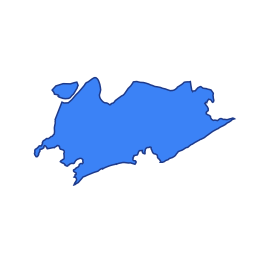 outline of Manfalut, Asyut, Egypt, rotated 303°
{"feature_id": "37247803B38708414170128", "entity_name": "Manfalut", "entity_type": "district", "adm_level": 2, "iso_a3": "EGY", "parent_name": "Egypt", "parent_adm1": "Asyut", "projection": "albers", "projection_center": [30.935, 27.303], "detail": "fine", "context": "isolated", "style": "filled", "palette": "blue", "viewbox_px": 256, "rotation_deg": 303, "n_neighbors": 0, "source": "geoboundaries", "source_scale": "gbopen_adm2", "svg_char_len": 5817}
<svg xmlns="http://www.w3.org/2000/svg" viewBox="0 0 256 256"><g transform="rotate(303 128 128)"><path d="M50.9,113.7L51.6,114.3L53.4,115.0L55.2,116.0L57.5,116.3L59.5,116.6L62.6,117.0L63.9,118.1L66.4,119.6L72.3,123.7L75.4,126.3L78.2,127.2L80.1,128.4L79.8,129.0L81.5,129.8L82.9,130.7L85.7,132.7L87.1,133.8L89.1,135.6L90.5,137.0L91.4,137.6L91.6,137.8L91.4,138.1L93.1,139.3L96.2,142.4L97.0,143.6L99.0,147.6L100.1,149.0L101.4,153.6L103.4,153.6L103.9,153.0L104.2,153.0L104.5,152.1L103.7,150.4L103.9,149.6L104.5,149.0L105.1,149.0L105.6,148.4L105.9,148.4L106.8,148.4L107.3,148.1L107.9,148.4L108.2,148.1L108.5,148.4L110.4,150.4L111.6,150.4L113.3,149.9L115.2,149.9L116.9,152.2L116.4,152.4L115.5,153.3L115.2,154.2L115.0,154.4L115.5,156.2L115.8,156.2L116.4,155.9L117.2,155.0L117.8,155.0L119.5,154.2L120.9,154.2L121.4,154.5L122.0,154.7L123.1,156.2L124.0,156.7L124.3,157.9L124.0,158.2L123.1,158.7L122.9,159.3L121.2,161.6L120.6,163.0L120.6,163.9L120.9,164.7L121.2,165.3L121.2,167.3L120.0,168.4L119.5,168.7L119.2,169.3L118.9,170.1L118.9,171.0L118.6,171.6L118.6,171.9L118.3,172.4L118.3,172.7L118.0,173.0L118.0,173.3L117.5,173.8L116.9,173.8L118.1,175.6L119.5,176.7L121.2,177.3L123.5,179.0L124.9,179.3L126.3,180.4L127.4,181.3L129.7,182.4L131.1,182.7L132.8,182.7L134.5,183.0L135.6,183.0L137.3,184.2L138.7,185.3L140.4,186.2L143.0,187.3L144.4,188.7L146.6,189.3L148.3,189.9L149.4,190.7L151.4,191.6L152.8,192.2L153.7,192.8L155.4,193.6L156.2,194.2L157.3,194.5L158.2,195.3L160.2,196.5L161.6,197.3L164.4,198.2L165.8,198.8L169.5,200.2L170.3,200.5L171.7,201.1L175.4,203.1L176.5,203.9L178.2,204.5L179.9,205.4L181.6,206.5L183.9,207.7L186.4,208.5L187.8,209.4L190.3,210.5L191.8,210.8L193.7,212.3L193.7,211.4L193.2,210.2L192.0,209.4L191.8,209.1L191.2,208.5L189.5,207.1L188.9,206.5L187.8,204.2L187.0,203.1L187.0,202.5L186.7,201.1L186.1,200.2L185.0,199.7L183.0,199.1L182.2,197.1L181.9,196.5L180.8,195.4L180.8,193.1L181.1,192.8L181.3,192.2L181.9,191.4L182.7,190.8L182.8,188.8L182.5,187.7L182.5,186.8L182.5,185.9L182.8,185.7L183.0,185.7L183.6,185.1L183.9,185.1L184.4,185.1L184.7,185.4L185.6,185.4L185.9,185.7L186.4,185.7L187.0,185.4L187.6,184.8L188.1,184.6L188.4,184.0L189.2,182.6L189.2,182.3L189.5,181.4L189.8,180.9L189.8,180.6L190.4,179.4L190.4,179.1L190.9,179.1L191.8,179.2L191.8,179.7L192.1,180.3L192.6,180.0L193.7,180.0L194.3,179.7L195.5,180.0L196.0,180.0L196.0,180.3L196.6,181.2L196.6,182.6L195.7,184.3L195.7,185.1L196.6,185.4L197.1,185.2L198.0,184.9L199.4,183.4L200.8,182.3L201.7,181.5L203.1,180.9L203.6,180.6L204.2,179.2L204.5,178.3L204.8,177.8L204.8,177.5L205.1,176.9L204.5,174.9L204.2,174.3L203.8,172.9L203.7,172.2L203.0,170.9L202.6,170.0L202.4,169.6L202.2,169.2L202.3,167.8L202.4,166.5L201.8,165.9L201.3,165.6L199.9,164.8L199.4,164.6L198.6,164.6L197.5,164.2L197.0,164.3L196.6,164.3L196.3,164.3L196.0,164.3L195.7,164.0L195.2,163.4L194.2,162.1L193.9,162.2L194.3,161.0L197.7,157.8L200.9,155.0L200.0,154.2L199.2,152.9L197.9,151.2L196.9,150.2L195.4,149.9L193.7,149.3L190.4,147.8L189.2,147.2L188.0,147.2L186.1,146.6L184.9,146.0L183.6,144.8L182.3,143.0L181.5,139.9L181.1,138.0L180.1,135.3L179.7,133.2L178.5,130.2L177.4,127.8L177.0,125.4L176.4,123.4L176.1,121.2L175.3,118.4L174.5,116.1L173.1,113.7L172.3,111.7L171.8,110.1L170.8,108.8L169.6,107.4L168.1,107.5L164.8,107.4L161.2,106.6L156.6,106.5L154.4,106.4L153.0,106.1L151.2,105.1L148.1,103.9L145.4,102.9L144.1,102.4L142.3,102.4L140.9,102.0L139.9,101.1L139.1,100.6L138.2,100.7L137.5,100.1L137.5,99.5L137.6,98.0L137.4,96.5L136.5,94.8L136.3,93.4L136.6,91.5L137.3,89.3L138.4,87.5L140.1,86.0L142.8,85.2L145.1,84.3L147.0,82.7L149.1,80.7L150.5,79.0L151.8,77.2L152.5,75.6L152.7,73.7L151.8,72.3L149.7,71.2L145.1,69.5L143.2,68.3L141.4,68.1L140.0,68.2L135.9,67.7L130.8,67.0L127.6,66.3L121.4,65.5L119.4,65.0L116.6,64.2L115.5,62.7L114.1,60.7L113.8,58.9L113.7,58.5L95.4,62.3L94.7,63.0L93.7,63.4L92.6,64.3L89.7,65.4L88.3,66.0L87.5,66.5L85.2,68.2L84.1,68.8L82.7,69.4L81.3,69.1L79.9,69.1L79.0,68.2L77.9,67.9L75.9,67.1L75.6,66.8L74.8,65.4L72.8,64.8L71.7,64.2L70.8,63.9L68.9,64.2L68.3,64.8L68.0,64.8L66.0,65.1L65.5,64.8L65.2,63.9L64.6,63.3L63.8,63.1L62.9,63.1L60.7,62.5L59.8,61.9L58.7,61.9L57.8,62.5L57.3,62.8L56.7,63.3L55.9,63.3L55.0,64.2L54.5,65.0L54.2,65.9L53.9,66.4L53.9,66.7L54.7,67.6L57.0,67.6L57.6,67.0L58.4,67.0L59.3,66.8L60.4,66.8L61.5,66.2L62.1,65.9L63.5,67.3L63.8,67.3L64.3,67.6L64.9,67.9L65.7,68.2L66.6,67.6L67.7,67.6L68.0,68.5L68.0,68.8L67.7,69.6L67.4,69.9L67.2,71.0L66.9,71.0L66.6,71.6L68.2,73.3L70.8,75.9L71.4,77.0L71.9,77.0L73.6,77.9L74.8,78.2L75.0,78.7L75.0,79.1L75.3,79.3L75.3,80.2L75.0,80.5L74.8,81.0L74.2,81.3L73.9,81.9L73.4,82.8L73.6,83.0L73.6,83.3L74.2,85.3L74.2,86.5L73.6,87.3L72.8,87.9L71.9,87.9L70.2,89.3L69.4,89.9L67.7,91.0L66.6,91.0L66.0,90.4L65.2,90.2L64.8,90.0L64.0,89.6L62.9,89.6L62.9,91.9L63.2,93.0L63.2,94.1L62.9,95.3L62.6,95.3L62.6,97.0L63.2,98.1L64.3,98.1L65.1,98.7L65.7,98.7L66.8,99.3L67.7,100.1L68.0,100.7L68.5,101.3L68.5,101.6L69.4,102.1L70.2,101.9L70.5,101.9L71.1,101.9L72.2,101.9L73.0,102.2L73.9,102.4L74.7,103.0L75.6,103.6L75.9,103.9L76.4,104.2L77.0,105.3L77.0,106.7L76.7,107.6L75.6,108.1L74.5,109.3L73.9,109.2L73.1,109.1L72.9,108.3L72.8,108.1L72.2,107.5L71.6,107.3L70.8,107.0L70.2,107.3L69.7,107.5L68.4,107.5L67.3,106.9L66.1,106.2L65.8,106.3L65.1,106.1L64.4,105.9L64.2,105.7L63.4,105.3L63.2,105.2L62.9,105.4L62.4,105.6L62.0,106.2L62.0,108.7L62.0,109.1L61.7,109.2L60.7,109.8L60.1,109.1L59.2,109.6L57.5,109.5L58.1,111.1L57.9,111.5L56.9,112.9L56.7,113.0L56.1,113.3L55.3,113.4L54.7,113.2L54.2,113.4L53.2,113.3L52.5,113.4L50.9,113.7ZM136.5,63.0L137.3,62.0L138.6,60.1L136.8,58.3L133.6,55.6L129.9,49.5L124.0,44.6L118.5,43.7L117.5,46.5L116.3,47.9L117.1,49.8L117.6,51.3L117.5,52.2L117.2,52.3L116.6,52.1L116.4,52.8L116.6,54.2L117.4,57.3L118.4,59.4L120.4,62.0L121.9,62.9L125.0,63.3L126.8,63.8L133.7,63.6L135.2,63.1L136.5,63.0Z" fill="#3b82f6" stroke="#1e3a8a" stroke-width="1.5"/></g></svg>